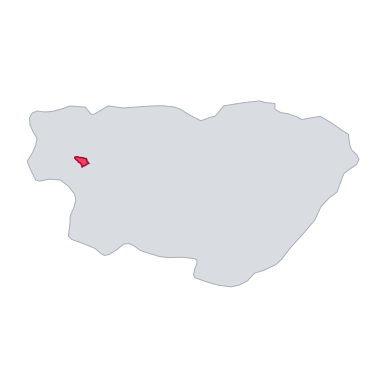 Kanglung, Tashigang, Bhutan shown in context, rotated 182°
{"feature_id": "84629894B11515592913322", "entity_name": "Kanglung", "entity_type": "district", "adm_level": 2, "iso_a3": "BTN", "parent_name": "Bhutan", "parent_adm1": "Tashigang", "projection": "robinson", "projection_center": [91.534, 27.281], "detail": "fine", "context": "in_parent", "style": "filled", "palette": "rose", "viewbox_px": 384, "rotation_deg": 182, "n_neighbors": 0, "source": "geoboundaries", "source_scale": "gbopen_adm2", "svg_char_len": 3415}
<svg xmlns="http://www.w3.org/2000/svg" viewBox="0 0 384 384"><g transform="rotate(182 192 192)"><path d="M313.0,162.6L312.4,165.2L309.6,172.2L307.8,179.8L309.4,186.0L315.6,193.5L324.1,199.4L334.8,199.9L344.7,197.6L348.6,198.5L354.0,208.4L357.8,217.0L352.6,225.9L349.8,233.7L348.8,239.2L349.4,241.6L352.6,246.0L356.3,253.6L356.9,260.6L354.5,265.3L349.4,267.6L344.0,266.9L339.5,267.0L333.9,267.8L325.2,270.4L317.0,273.7L301.7,273.1L295.6,266.2L292.7,266.2L278.8,275.1L263.6,273.6L236.0,276.5L224.5,277.2L212.7,276.3L206.7,274.4L195.5,268.1L185.5,263.5L175.2,267.7L171.6,268.4L163.3,279.2L145.4,282.8L127.6,285.4L122.4,284.0L112.3,283.3L112.0,280.8L112.3,278.3L110.0,276.4L105.9,274.4L99.0,273.6L90.0,270.9L84.8,268.3L66.6,272.1L55.9,266.4L43.9,258.6L37.8,255.2L35.7,243.1L33.6,239.3L28.8,235.2L26.2,230.4L28.4,225.4L40.4,216.2L41.4,214.1L47.1,196.9L54.9,190.7L62.5,182.0L68.3,168.2L79.5,154.1L91.8,139.6L100.2,127.8L105.8,122.3L117.3,116.4L126.9,112.9L133.6,105.0L141.6,100.6L149.8,98.6L162.0,99.7L173.5,102.5L186.1,106.4L187.6,109.6L186.5,115.2L184.6,120.9L184.6,123.8L186.5,125.4L198.8,126.5L213.9,125.6L222.4,126.4L241.3,131.6L246.8,135.4L252.6,138.2L258.2,137.7L265.3,131.6L272.9,126.5L277.5,125.6L280.9,127.3L286.9,132.2L299.3,136.8L310.4,140.3L314.0,143.6L312.8,157.8L313.0,162.6Z" fill="#d9dde1" stroke="#a8b0b8" stroke-width="1"/><path d="M298.9,215.3L298.8,215.5L298.7,215.7L298.5,215.8L298.3,215.9L298.2,216.0L297.9,216.3L297.6,216.5L297.2,216.7L296.9,216.8L296.7,216.8L296.3,216.9L296.4,217.0L296.5,217.3L296.6,217.5L296.6,217.8L296.8,218.0L297.0,218.2L297.1,218.3L297.3,218.4L297.5,218.4L297.7,218.5L297.8,218.5L297.9,218.9L298.0,219.0L298.0,219.3L298.0,219.5L298.2,219.8L298.3,220.0L298.3,220.3L298.3,220.5L298.4,220.9L298.5,221.1L298.8,221.4L298.8,221.6L299.1,221.6L299.4,221.5L299.7,221.5L299.8,221.6L300.0,221.6L300.2,221.8L300.3,221.9L300.4,222.0L300.6,222.0L300.8,222.0L301.0,222.0L301.3,222.0L301.5,222.0L301.8,222.1L301.9,222.3L302.0,222.3L302.3,222.5L302.5,222.5L302.7,222.4L302.8,222.4L303.1,222.3L303.3,222.4L303.4,222.5L303.5,222.5L303.8,222.6L304.0,222.6L304.3,222.5L304.5,222.5L304.9,222.4L305.0,222.5L305.3,222.4L305.6,222.4L305.9,222.6L306.0,222.6L306.2,222.8L306.3,222.9L306.5,223.0L306.8,223.1L307.0,223.1L307.3,223.2L307.5,223.2L307.8,223.2L308.0,223.2L308.3,223.1L308.5,223.2L308.8,223.1L309.0,223.1L309.3,223.0L309.6,223.0L309.8,223.0L310.0,222.8L310.3,222.6L310.4,222.4L310.3,221.9L310.3,221.7L310.2,221.5L309.8,221.4L309.8,221.2L309.7,221.1L309.6,220.9L309.4,220.8L309.3,220.7L309.2,220.6L308.9,220.2L308.7,220.1L308.4,220.0L308.3,219.9L308.2,219.9L308.0,219.7L307.9,219.7L307.6,219.5L307.5,219.4L307.4,219.4L307.3,219.2L307.2,219.0L307.1,218.9L307.0,218.7L306.9,218.7L306.7,218.4L306.7,218.2L306.5,217.9L306.4,217.9L306.2,217.8L306.1,217.7L305.9,217.6L305.7,217.4L305.4,217.4L305.2,217.3L304.9,217.3L304.7,217.3L304.6,217.2L304.4,216.8L304.2,216.6L304.0,216.3L303.9,216.2L303.8,215.9L303.7,215.9L303.5,215.7L303.4,215.4L303.4,215.2L303.3,214.9L303.1,214.7L302.9,214.4L302.9,214.2L303.0,213.9L303.0,213.7L302.9,213.5L302.9,213.4L302.8,213.2L302.7,213.1L302.5,213.3L302.4,213.4L302.4,213.5L302.2,213.6L302.1,213.8L301.9,214.0L301.6,214.2L301.5,214.3L301.4,214.3L301.2,214.3L300.8,214.3L300.6,214.4L300.5,214.5L300.4,214.5L300.2,214.6L299.9,214.7L299.8,214.8L299.7,214.8L299.5,215.0L299.3,215.1L299.1,215.2L298.9,215.3Z" fill="#f43f5e" stroke="#9f1239" stroke-width="1.5"/></g></svg>